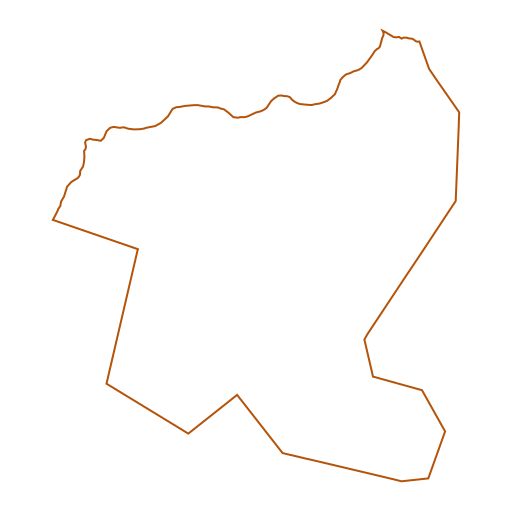 Floriano, Piauí, Brazil (orthographic projection)
{"feature_id": "56859067B20449899107931", "entity_name": "Floriano", "entity_type": "district", "adm_level": 2, "iso_a3": "BRA", "parent_name": "Brazil", "parent_adm1": "Piauí", "projection": "orthographic", "projection_center": [-43.121, -7.002], "detail": "fine", "context": "isolated", "style": "outline", "palette": "amber", "viewbox_px": 512, "rotation_deg": 0, "n_neighbors": 0, "source": "geoboundaries", "source_scale": "gbopen_adm2", "svg_char_len": 1866}
<svg xmlns="http://www.w3.org/2000/svg" viewBox="0 0 512 512"><path d="M84.1,150.8L84.3,154.7L84.4,157.5L83.9,162.6L83.0,166.6L80.2,170.9L80.0,174.7L78.9,176.7L77.4,178.3L72.3,181.3L70.5,182.8L67.1,186.7L64.0,196.6L61.1,201.5L60.3,206.0L58.0,209.4L57.5,211.1L54.1,217.7L52.8,219.9L137.9,249.2L137.3,251.4L106.5,383.7L188.3,433.6L237.1,394.9L250.8,412.4L282.6,453.1L305.9,458.6L308.7,459.2L394.0,479.4L401.5,481.3L428.3,478.4L445.1,431.4L422.0,390.2L373.0,376.6L364.4,339.6L367.2,334.5L407.6,273.5L409.2,271.2L420.9,253.7L455.7,201.0L458.5,132.0L459.2,112.3L437.2,80.8L429.1,68.9L419.4,41.5L417.3,41.7L415.6,41.1L414.1,39.8L412.1,38.7L408.8,38.4L406.7,37.7L403.7,37.6L401.5,38.6L399.0,36.9L396.4,37.4L393.5,37.0L385.5,32.2L382.5,30.7L383.6,33.0L383.4,35.7L382.3,37.7L379.9,46.6L378.6,48.2L376.8,49.2L374.6,51.3L372.2,55.1L366.9,62.5L361.6,68.0L358.3,70.0L353.5,71.4L350.6,72.9L345.9,74.5L342.8,77.1L340.4,79.9L339.9,81.7L338.6,84.9L337.1,89.4L335.8,92.0L335.1,94.0L331.1,97.8L329.1,99.3L327.4,100.7L325.5,101.5L322.2,102.7L319.3,103.6L316.6,104.0L314.5,104.3L311.9,105.0L309.5,104.9L307.6,104.8L304.4,104.5L299.9,104.0L297.0,103.0L294.8,101.8L292.2,99.9L289.9,97.2L287.6,96.3L283.9,96.0L281.5,95.5L278.2,95.7L273.9,98.6L271.1,101.1L266.5,108.0L263.7,109.9L260.7,111.3L255.9,112.5L247.6,116.4L244.3,117.2L240.5,117.1L238.1,117.7L233.4,117.2L228.2,112.5L223.9,109.3L220.8,108.6L217.8,107.4L213.1,107.3L209.2,106.5L204.9,106.4L197.6,105.1L194.8,105.1L185.0,105.9L179.4,107.0L176.2,107.2L172.5,109.0L168.0,116.3L165.8,118.4L164.2,119.9L160.9,122.9L159.3,123.8L155.1,126.1L151.3,126.8L146.2,127.8L144.3,128.5L140.1,129.2L133.8,129.4L128.1,128.7L124.0,127.3L119.6,127.8L113.6,126.9L110.1,127.8L106.6,131.2L103.8,137.9L100.8,140.8L96.9,140.0L93.3,139.7L89.8,138.8L86.0,140.2L85.1,142.7L86.0,146.8L85.5,149.1L84.1,150.8Z" fill="none" stroke="#b45309" stroke-width="2"/></svg>